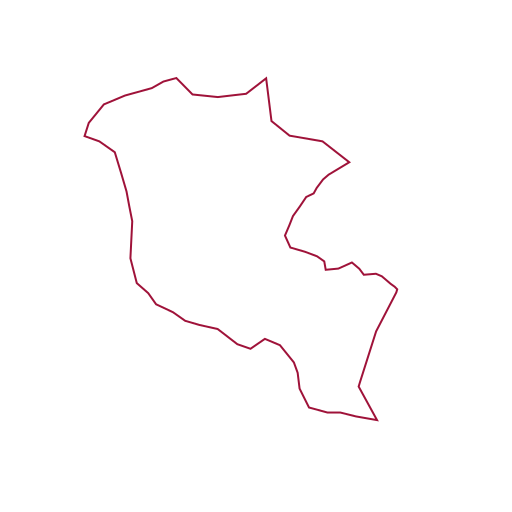 outline of Katydata, Nicosia, Cyprus, rotated 70°
{"feature_id": "46923920B11980221307495", "entity_name": "Katydata", "entity_type": "district", "adm_level": 2, "iso_a3": "CYP", "parent_name": "Cyprus", "parent_adm1": "Nicosia", "projection": "equal_earth", "projection_center": [32.882, 35.084], "detail": "fine", "context": "isolated", "style": "outline", "palette": "rose", "viewbox_px": 512, "rotation_deg": 70, "n_neighbors": 0, "source": "geoboundaries", "source_scale": "gbopen_adm2", "svg_char_len": 1016}
<svg xmlns="http://www.w3.org/2000/svg" viewBox="0 0 512 512"><g transform="rotate(70 256 256)"><path d="M92.5,185.7L100.2,209.8L97.2,222.3L93.6,237.5L82.5,260.4L61.5,270.0L60.4,283.3L62.6,296.5L60.4,324.2L61.5,347.1L73.7,367.6L84.7,376.1L94.7,364.0L110.2,353.2L132.3,354.4L151.1,355.6L165.5,358.0L181.0,360.4L215.2,374.8L240.7,377.3L254.0,370.0L267.2,366.4L280.5,353.2L292.7,344.7L301.5,332.7L311.5,317.0L332.5,303.7L341.3,292.9L336.9,276.0L348.0,264.0L369.0,256.8L380.0,256.8L395.5,260.4L416.5,258.0L427.6,242.3L432.0,230.2L440.9,217.0L451.6,198.4L413.8,204.2L409.8,201.2L367.9,168.9L338.2,136.6L335.6,134.7L332.3,136.2L328.2,139.0L318.1,144.7L313.7,149.4L310.5,161.1L303.3,163.3L294.9,168.1L296.0,182.9L292.8,195.2L284.4,193.7L277.2,198.7L268.8,208.5L267.1,210.8L259.8,220.8L246.7,221.8L238.9,214.5L237.0,212.8L231.1,207.6L224.4,197.8L217.7,188.6L216.9,180.4L212.8,175.7L207.0,166.8L204.4,159.9L199.8,136.3L171.0,154.3L154.4,183.3L134.5,195.3L92.5,185.7Z" fill="none" stroke="#9f1239" stroke-width="2"/></g></svg>